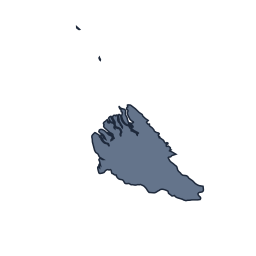 SVG path tracing the border of Ayeyarwady, rotated 125°
{"feature_id": "MMR-3275", "entity_name": "Ayeyarwady", "entity_type": "Division", "adm_level": 1, "iso_a3": "MMR", "parent_name": "Myanmar", "parent_adm1": "", "projection": "robinson", "projection_center": [94.965, 16.268], "detail": "fine", "context": "isolated", "style": "filled", "palette": "slate", "viewbox_px": 256, "rotation_deg": 125, "n_neighbors": 0, "source": "natural_earth", "source_scale": "10m", "svg_char_len": 5996}
<svg xmlns="http://www.w3.org/2000/svg" viewBox="0 0 256 256"><g transform="rotate(125 128 128)"><path d="M179.5,123.0L181.4,124.9L181.5,126.1L179.5,128.5L178.0,130.0L177.3,130.3L176.5,130.2L176.5,129.9L176.8,129.3L176.9,128.5L176.2,129.1L175.7,129.9L175.1,130.6L174.2,130.7L174.4,129.1L171.6,132.2L170.8,133.6L169.9,133.8L169.1,133.6L168.7,133.0L168.5,131.3L168.3,130.5L167.9,130.0L168.2,134.4L167.9,135.3L166.8,137.2L166.5,138.0L166.5,140.1L166.4,140.7L165.5,142.5L159.9,149.1L157.5,151.0L156.3,152.3L155.6,152.8L154.9,153.1L154.0,153.1L151.5,152.7L150.8,152.5L150.6,152.0L150.4,147.5L150.7,147.1L151.1,146.9L151.6,146.2L151.8,145.4L151.6,144.7L152.6,143.7L153.2,142.4L153.6,140.9L153.8,139.4L153.8,138.4L153.0,136.3L152.8,135.4L153.3,134.3L153.5,133.4L153.2,133.4L152.6,134.3L152.2,134.7L152.1,135.3L152.3,136.0L152.9,137.4L153.0,138.3L152.9,140.3L152.7,140.9L151.5,142.6L150.9,144.6L150.0,145.8L149.1,146.2L148.6,145.0L148.9,144.0L149.6,142.9L150.1,141.5L150.0,140.0L148.6,142.4L148.0,143.9L147.8,145.4L148.1,148.8L147.6,149.9L146.0,150.3L144.9,149.7L144.1,148.5L143.8,146.7L143.7,145.0L144.6,139.9L144.3,138.4L143.4,140.9L143.0,139.0L143.5,137.1L144.6,135.6L146.0,135.0L147.4,135.1L147.8,135.0L148.1,134.7L146.8,134.3L146.6,133.9L146.4,133.8L145.0,134.2L144.8,134.0L144.5,133.4L144.3,133.4L144.0,134.2L142.9,135.9L141.9,136.8L141.8,138.0L142.1,140.3L142.0,141.5L141.3,147.2L141.0,148.3L140.5,149.0L139.1,149.5L138.6,150.5L138.2,150.9L136.7,150.9L135.3,150.3L133.5,150.0L133.1,149.7L133.5,148.9L134.8,148.0L135.1,147.5L135.0,147.1L134.7,146.3L134.5,146.2L133.8,147.3L133.3,147.4L133.1,146.4L133.2,144.9L133.1,144.3L132.6,143.0L132.6,142.5L132.8,141.9L133.7,140.5L134.1,140.3L134.8,140.2L135.5,139.9L136.0,139.3L136.1,138.4L134.8,139.4L134.6,138.5L134.4,136.5L133.7,135.1L133.7,134.4L133.9,133.7L134.7,132.4L135.2,131.8L135.9,131.4L137.5,131.0L138.2,130.4L138.6,129.6L138.8,128.8L137.8,130.2L136.9,130.3L136.2,130.7L135.3,130.7L134.9,130.8L133.8,132.5L133.4,132.9L133.2,133.8L133.1,135.8L133.8,137.9L134.0,138.3L133.0,140.2L130.7,141.9L130.2,142.7L129.0,145.6L128.1,146.7L127.4,147.1L126.6,147.1L125.6,146.8L125.2,146.1L125.1,145.3L124.7,144.3L124.6,145.2L124.2,145.1L123.7,144.5L123.3,143.7L127.4,141.0L128.5,139.4L128.9,137.1L129.9,135.9L130.1,135.1L130.1,134.2L130.9,133.5L131.0,132.8L130.2,133.3L129.9,133.8L129.3,135.3L128.3,137.3L127.5,139.2L126.1,140.3L123.9,142.7L122.9,143.3L122.0,143.1L121.8,141.9L122.8,140.3L125.0,138.1L125.8,136.5L126.4,134.7L126.7,132.7L126.6,130.7L126.0,129.2L125.9,128.5L126.7,126.9L127.5,124.1L127.7,123.8L128.1,123.7L128.5,123.8L128.5,123.5L128.1,123.0L127.5,118.7L127.5,118.2L127.7,117.6L128.5,117.0L128.5,116.3L127.2,117.1L126.6,117.0L126.3,116.0L126.1,117.0L126.6,121.0L126.6,123.6L126.4,124.3L125.5,125.5L125.0,127.3L124.4,128.4L123.6,129.1L122.7,129.4L122.6,129.1L123.9,127.2L124.7,125.3L124.5,124.5L124.0,124.6L123.6,125.4L123.2,126.8L122.6,127.7L122.3,127.8L121.8,127.7L120.9,126.9L120.2,126.8L119.9,127.1L120.1,128.9L120.0,130.0L119.6,131.6L117.6,135.4L116.5,136.8L115.2,137.5L114.4,137.6L113.8,137.9L113.4,138.6L113.3,139.8L113.0,140.3L112.2,140.6L111.4,140.6L110.9,140.3L110.0,141.3L109.5,141.6L109.0,141.2L108.0,139.5L107.8,138.9L107.8,138.2L108.0,133.0L108.9,127.8L108.8,124.3L109.0,123.8L109.8,122.6L110.3,119.0L110.2,116.2L110.3,115.7L111.8,116.2L112.6,116.2L113.0,115.3L113.4,113.9L113.2,113.3L112.5,112.9L112.5,112.6L113.5,112.1L113.9,111.3L114.0,108.3L114.6,105.9L115.3,104.9L115.5,104.4L115.4,102.4L115.2,101.7L114.7,100.6L114.6,99.9L114.7,99.2L115.0,99.0L115.9,99.3L116.3,99.2L116.8,98.8L117.9,97.0L117.1,97.0L117.5,96.3L117.7,95.5L117.7,92.0L117.8,91.6L118.5,90.5L118.9,89.1L118.8,88.3L117.7,87.8L117.5,87.2L117.5,86.6L118.0,86.2L119.8,87.1L120.9,86.2L120.9,85.8L120.7,85.4L119.8,84.9L119.7,84.3L119.8,82.3L120.1,81.7L120.7,81.6L121.2,81.3L121.2,80.2L122.2,80.6L122.7,81.0L123.1,81.5L122.4,78.5L122.0,73.7L124.8,75.8L125.5,76.3L127.1,76.5L128.7,78.0L129.0,78.1L129.4,77.9L130.8,75.2L131.2,73.6L131.3,70.2L131.5,68.5L131.5,67.2L131.6,66.4L131.9,65.6L134.0,63.1L134.5,61.6L134.8,59.2L135.3,57.7L135.3,56.1L133.7,53.1L133.5,52.0L133.5,51.3L134.2,49.4L134.2,44.7L134.9,41.1L134.8,38.6L134.4,36.7L132.7,33.1L134.6,31.4L135.6,30.6L136.6,30.3L137.8,30.6L138.8,31.5L139.6,32.4L140.6,33.0L141.7,33.0L142.5,32.2L143.1,30.3L143.1,29.2L143.5,28.5L144.2,28.0L145.2,27.9L146.9,29.7L149.9,34.0L150.3,34.4L150.5,34.8L151.5,35.7L153.2,37.9L154.3,38.9L155.1,41.3L155.1,42.3L155.4,43.2L156.9,47.8L157.1,49.5L156.7,51.3L157.7,52.1L158.4,52.9L158.5,53.2L158.3,54.9L158.3,56.7L158.2,57.4L156.9,58.9L156.9,59.8L157.3,61.8L157.9,63.6L158.6,65.0L159.6,66.0L160.2,66.4L160.9,66.5L162.2,67.2L164.8,68.3L165.8,69.0L166.6,70.2L168.7,73.8L168.2,75.8L167.1,78.4L166.5,81.1L166.5,82.4L167.1,85.4L168.1,86.3L168.5,87.1L168.8,87.6L169.7,88.3L170.7,89.4L172.0,92.1L172.5,92.6L172.8,93.3L172.8,94.9L172.9,95.3L173.2,95.8L174.0,96.7L174.8,97.8L175.0,99.1L174.1,100.9L173.7,101.9L173.7,103.0L174.7,105.2L175.0,106.5L174.8,108.2L174.2,109.7L173.8,110.2L173.3,110.5L173.7,111.4L173.9,111.6L174.1,112.3L174.1,114.2L174.4,115.1L173.9,115.9L172.5,117.4L172.1,118.4L172.5,118.9L173.2,119.3L173.4,119.8L173.5,120.4L174.1,121.2L175.0,121.7L176.0,122.0L178.0,122.1L178.6,122.3L179.0,122.8L179.5,123.0ZM125.8,130.1L126.0,132.4L125.5,134.6L124.5,136.8L122.5,139.6L122.1,139.9L121.4,140.3L119.3,141.1L118.4,141.7L118.5,142.8L118.1,143.3L117.2,144.1L116.8,144.7L117.0,145.4L116.7,146.1L115.8,147.5L115.5,147.5L115.5,147.1L116.0,146.0L115.7,144.4L114.7,141.6L114.9,140.1L116.0,139.3L117.5,138.6L118.7,137.5L120.1,134.7L121.3,133.4L123.8,130.1L125.0,129.0L125.8,130.1ZM132.1,142.6L132.4,144.0L132.9,145.7L132.7,146.3L132.0,147.7L131.4,149.4L130.3,149.6L129.1,149.3L128.2,148.7L128.2,148.4L129.0,147.8L129.6,146.9L130.4,145.0L131.5,143.3L132.1,142.6ZM75.4,224.6L75.5,226.7L75.3,227.5L74.5,228.1L74.9,224.7L75.0,224.2L75.4,224.6ZM86.5,192.0L87.0,191.4L87.3,190.6L87.7,189.9L88.5,189.5L88.5,189.8L87.7,191.4L87.1,192.0L86.5,192.0Z" fill="#64748b" stroke="#1e293b" stroke-width="1.5"/></g></svg>